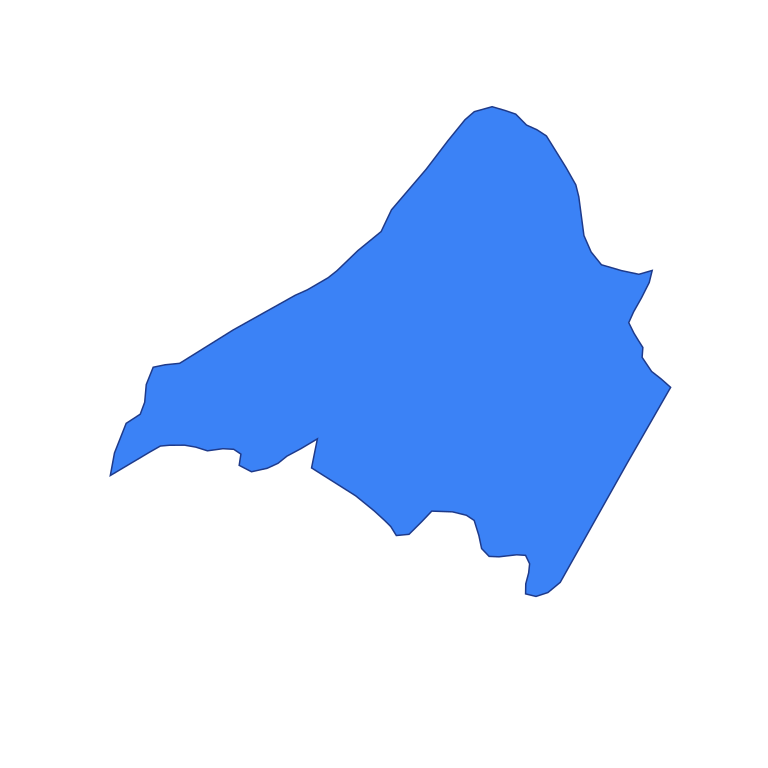 Várzea, Paraíba, Brazil, rotated 346°
{"feature_id": "56859067B31592745893521", "entity_name": "Várzea", "entity_type": "district", "adm_level": 2, "iso_a3": "BRA", "parent_name": "Brazil", "parent_adm1": "Paraíba", "projection": "mercator", "projection_center": [-37.04, -6.791], "detail": "fine", "context": "isolated", "style": "filled", "palette": "blue", "viewbox_px": 768, "rotation_deg": 346, "n_neighbors": 0, "source": "geoboundaries", "source_scale": "gbopen_adm2", "svg_char_len": 1262}
<svg xmlns="http://www.w3.org/2000/svg" viewBox="0 0 768 768"><g transform="rotate(346 384 384)"><path d="M433.4,216.8L418.1,235.4L391.0,248.2L365.6,262.8L355.4,267.4L332.3,274.1L319.4,276.4L250.9,295.0L190.7,314.5L176.3,312.4L164.1,311.9L153.2,327.0L147.4,343.8L140.2,354.3L124.3,359.8L105.8,385.7L96.3,406.6L140.5,393.3L152.0,390.1L160.9,391.5L175.7,395.1L186.1,399.7L196.5,406.1L212.0,407.8L222.4,411.0L228.2,417.4L223.8,427.9L234.2,437.1L250.4,437.5L262.0,435.3L272.4,430.5L287.9,426.6L306.1,421.1L293.4,447.9L329.5,485.7L343.9,504.9L351.7,516.7L356.1,524.0L359.3,534.0L371.9,535.9L387.3,526.7L399.6,518.9L419.5,524.6L432.2,531.3L438.5,538.2L439.4,554.0L438.9,567.3L444.3,576.7L453.8,579.5L471.4,581.8L479.9,584.5L481.8,593.7L478.7,602.2L473.2,612.2L470.6,621.9L480.1,626.9L492.6,626.0L507.0,619.1L601.3,519.1L635.6,483.4L661.3,456.6L654.1,446.1L646.7,436.6L640.9,420.6L644.0,411.2L641.4,403.4L638.8,395.1L636.3,383.7L643.7,374.3L654.6,362.8L665.9,349.7L671.7,338.7L657.8,339.2L641.8,331.4L623.8,320.9L616.9,306.0L613.9,288.3L618.3,249.5L618.3,237.2L612.9,217.7L601.6,182.6L594.0,174.4L584.9,167.2L577.1,154.0L567.8,148.0L556.0,141.1L537.5,141.6L526.6,147.1L504.9,163.4L476.9,185.8L433.4,216.8Z" fill="#3b82f6" stroke="#1e3a8a" stroke-width="1.5"/></g></svg>